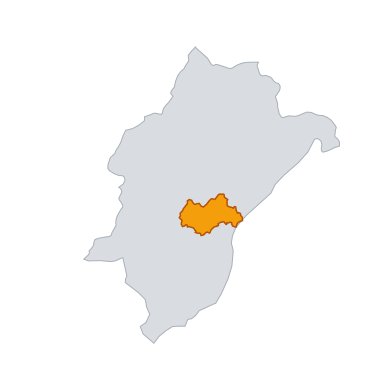 Veliko Tarnovo highlighted on a map of Bulgaria, rotated 127°
{"feature_id": "BGR-2249", "entity_name": "Veliko Tarnovo", "entity_type": "Province", "adm_level": 1, "iso_a3": "BGR", "parent_name": "Bulgaria", "parent_adm1": "", "projection": "equal_earth", "projection_center": [25.637, 43.224], "detail": "fine", "context": "in_parent", "style": "filled", "palette": "amber", "viewbox_px": 384, "rotation_deg": 127, "n_neighbors": 0, "source": "natural_earth", "source_scale": "10m", "svg_char_len": 3811}
<svg xmlns="http://www.w3.org/2000/svg" viewBox="0 0 384 384"><g transform="rotate(127 192 192)"><path d="M310.8,238.0L304.5,236.9L302.4,237.2L301.0,238.7L298.1,238.4L294.5,238.4L290.7,240.2L288.6,240.9L285.8,239.3L280.6,234.6L277.4,231.3L275.1,230.5L272.7,231.4L264.3,232.6L262.3,234.5L258.5,236.6L254.6,237.6L248.9,238.3L246.0,238.2L244.3,239.3L243.0,242.4L242.0,245.4L241.2,246.6L234.2,248.1L232.7,249.9L232.2,251.6L232.4,253.3L226.8,251.7L222.5,252.8L221.5,254.1L220.6,255.9L221.1,257.9L222.7,259.9L224.2,265.2L224.7,270.4L223.8,273.4L220.6,275.6L214.0,277.9L207.5,276.8L204.7,277.7L199.9,278.0L195.5,278.7L188.8,280.8L182.7,282.1L177.2,277.7L170.7,274.7L163.9,272.9L161.5,274.2L160.5,275.2L154.8,271.4L152.2,270.0L151.0,268.5L148.6,263.3L147.2,263.1L142.5,265.0L138.0,265.0L135.2,264.6L127.1,264.8L126.0,268.4L125.0,268.9L123.3,269.4L119.0,269.2L113.4,271.8L107.5,273.4L102.9,273.4L98.1,272.6L95.2,273.2L89.1,273.5L85.1,277.3L79.1,277.1L74.0,276.5L74.6,275.2L75.8,260.1L78.5,253.3L78.4,251.9L77.9,250.8L75.6,249.7L74.1,246.1L70.9,236.5L69.0,234.5L63.8,232.5L59.2,229.8L55.3,226.1L48.3,217.1L52.0,216.2L53.1,214.4L56.8,209.4L57.2,207.0L56.9,205.6L54.5,203.3L52.9,198.1L54.2,193.2L54.4,190.8L53.2,188.3L54.5,185.2L57.1,183.6L58.8,183.1L65.6,182.8L70.0,176.6L72.7,174.7L75.4,171.2L76.7,170.0L77.9,167.3L78.3,164.5L73.0,160.6L71.2,157.7L68.9,154.5L65.7,152.3L59.2,148.5L56.7,144.7L55.6,139.7L54.0,135.9L52.1,133.5L51.8,131.5L51.0,129.0L50.9,124.2L52.6,117.8L53.6,115.6L55.8,114.9L61.7,111.5L62.1,107.2L63.2,104.5L65.1,102.9L66.8,101.9L70.0,104.4L77.7,108.5L81.4,111.4L81.2,113.2L79.4,115.0L76.0,116.8L74.0,119.1L73.4,122.0L73.9,124.1L76.2,125.9L90.2,123.5L104.4,124.7L123.4,128.7L136.0,130.1L145.4,128.3L162.7,131.6L178.8,134.7L194.2,135.6L202.9,133.2L209.0,129.9L214.2,123.7L227.1,115.6L239.6,111.0L255.9,107.3L266.8,106.1L268.4,107.3L282.4,114.8L288.6,114.8L293.6,116.1L295.5,118.1L296.7,118.6L303.4,116.8L306.4,120.9L311.1,126.6L319.0,129.5L326.0,131.2L328.2,131.5L335.7,131.4L334.8,145.7L330.5,152.4L323.8,150.2L315.2,152.1L310.8,159.7L308.3,162.0L306.0,164.6L304.6,174.5L304.5,190.8L301.2,192.8L298.3,193.4L286.0,207.8L293.2,211.8L296.4,214.9L301.7,223.5L309.3,233.2L310.8,238.0Z" fill="#d9dde1" stroke="#a8b0b8" stroke-width="1"/><path d="M184.5,134.5L186.2,135.7L187.9,136.6L189.9,136.9L191.0,136.6L192.9,135.8L193.5,135.7L193.9,136.4L194.7,139.0L193.7,141.0L192.7,141.8L193.0,143.1L195.3,144.8L195.4,145.5L196.1,145.6L196.7,144.9L197.4,145.3L197.0,147.0L196.6,148.6L199.2,151.1L201.8,152.0L202.4,150.9L203.5,150.9L203.9,151.6L204.6,151.6L205.3,152.3L206.2,153.1L207.7,153.5L209.3,153.7L210.5,153.9L211.7,153.9L213.0,153.3L214.3,153.3L214.6,154.6L215.0,156.0L216.6,156.6L218.2,156.7L220.0,157.3L221.3,158.7L220.3,159.7L220.2,161.0L221.7,162.9L222.3,165.1L221.6,165.2L221.0,165.2L220.7,166.1L220.7,167.1L220.0,168.4L220.0,169.9L220.6,171.2L221.1,172.5L221.3,173.4L221.9,174.0L222.5,174.2L222.5,174.9L221.5,175.8L221.7,177.1L223.6,177.5L225.3,178.8L224.2,181.2L222.2,182.3L221.1,182.6L220.4,183.7L220.5,185.4L220.0,186.8L218.9,186.8L217.8,187.0L216.9,188.0L215.9,188.7L212.8,188.3L210.7,188.8L208.6,188.8L207.7,188.7L206.7,188.9L205.8,188.7L205.0,188.5L203.3,189.2L202.5,189.9L201.7,190.4L200.9,189.9L199.8,189.8L198.8,187.3L199.8,185.4L200.2,184.0L200.2,182.5L199.7,181.6L198.7,181.3L196.8,179.4L197.8,176.1L197.1,173.8L194.3,173.3L192.8,172.9L189.6,173.0L186.6,172.7L185.4,172.2L184.8,170.6L184.2,169.3L177.9,169.2L176.7,168.3L176.0,166.8L175.0,166.1L174.7,164.9L176.7,162.9L176.5,159.0L177.4,158.8L178.2,158.6L179.0,157.9L179.8,157.3L181.7,155.6L181.5,153.4L180.5,151.4L180.1,149.3L178.2,149.4L177.6,148.1L179.1,146.7L180.4,145.1L181.5,143.0L181.1,142.5L180.4,142.3L180.0,140.5L181.4,138.9L182.0,136.5L183.2,135.5L184.4,134.8L184.5,134.5Z" fill="#f59e0b" stroke="#b45309" stroke-width="1.5"/></g></svg>